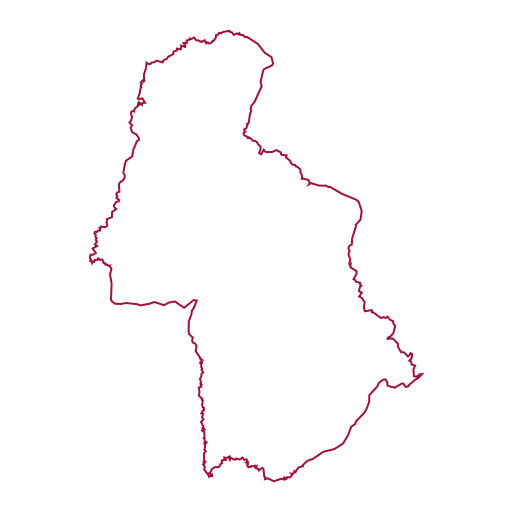 Mafinga, Muchinga, Zambia
{"feature_id": "96606910B74743827741249", "entity_name": "Mafinga", "entity_type": "district", "adm_level": 2, "iso_a3": "ZMB", "parent_name": "Zambia", "parent_adm1": "Muchinga", "projection": "orthographic", "projection_center": [33.262, -10.323], "detail": "fine", "context": "isolated", "style": "outline", "palette": "rose", "viewbox_px": 512, "rotation_deg": 0, "n_neighbors": 0, "source": "geoboundaries", "source_scale": "gbopen_adm2", "svg_char_len": 6018}
<svg xmlns="http://www.w3.org/2000/svg" viewBox="0 0 512 512"><path d="M422.0,374.1L419.8,374.4L416.5,376.7L413.9,376.2L413.4,369.4L415.2,365.6L411.5,364.4L411.5,362.8L410.3,361.3L410.7,360.0L409.8,360.2L411.8,357.7L412.1,354.0L410.6,353.1L410.1,354.5L407.9,356.4L404.1,352.4L401.2,352.2L397.9,346.7L397.9,343.7L392.8,338.5L387.6,338.8L387.9,337.6L390.1,336.7L393.3,333.3L395.2,326.0L393.5,323.8L393.0,321.1L389.9,319.7L387.7,316.7L385.6,318.0L383.5,317.1L381.1,318.1L373.0,312.2L372.0,312.4L371.7,310.1L364.9,311.3L363.9,307.3L364.7,302.2L361.7,297.8L359.1,296.5L361.8,292.7L359.0,291.2L359.9,286.9L361.3,285.8L360.1,284.5L360.3,282.9L355.9,281.7L355.3,280.1L353.5,279.2L356.3,274.4L356.6,271.2L350.3,267.1L350.7,263.7L349.5,264.3L349.4,262.2L350.4,260.0L348.4,254.2L349.6,250.8L348.6,249.2L348.7,246.9L349.8,245.5L351.8,244.7L352.1,238.5L355.9,226.6L355.7,224.9L360.5,219.7L361.7,211.0L358.6,201.6L355.6,199.4L342.5,194.1L329.7,186.7L328.4,187.1L326.2,185.7L319.2,185.6L311.0,183.1L308.9,184.4L309.7,182.9L308.6,180.1L303.2,178.5L301.2,179.4L302.2,178.5L302.0,175.6L300.4,172.0L300.3,169.4L297.4,166.8L296.1,166.6L295.3,165.1L292.5,164.6L291.2,163.5L290.3,161.0L285.9,157.4L286.6,155.4L281.3,154.7L280.7,152.4L276.5,150.1L272.2,152.0L266.4,152.1L264.8,151.4L263.8,149.7L261.1,154.3L259.0,152.9L260.4,150.0L260.6,146.6L257.7,143.8L257.1,142.2L255.0,140.9L252.9,140.8L250.6,138.3L248.2,138.1L248.7,137.4L244.1,135.3L243.5,133.3L245.1,131.8L244.4,131.6L244.3,129.5L243.5,129.1L245.0,129.3L246.2,128.3L247.5,125.1L247.0,124.0L248.6,123.2L250.0,114.0L251.3,110.8L250.6,109.0L251.2,106.1L254.6,101.8L261.6,86.3L260.6,81.5L263.3,70.3L264.1,69.1L272.0,65.4L273.1,63.4L271.4,57.1L264.8,52.8L257.8,43.9L247.1,37.0L244.8,37.1L243.2,35.2L239.8,34.8L239.4,33.3L238.2,34.2L237.0,33.4L233.8,34.9L231.9,32.3L230.1,32.0L229.4,30.7L222.3,32.2L221.6,33.3L219.0,32.8L218.2,34.7L216.1,35.0L215.9,37.4L213.6,40.9L212.9,40.7L210.9,43.2L208.5,43.4L208.0,42.6L206.2,43.3L206.3,42.0L205.0,41.5L204.6,40.2L202.6,41.8L201.8,41.2L200.6,41.9L198.4,40.3L196.4,40.5L194.1,37.6L190.7,39.2L189.6,38.5L188.7,40.2L186.5,40.5L186.9,42.9L183.6,43.1L185.4,45.9L185.1,47.0L181.2,45.6L180.8,49.4L177.0,48.6L176.7,50.6L174.2,51.1L173.3,52.4L173.2,54.2L168.3,56.6L167.1,58.5L163.5,60.4L162.6,62.4L156.5,60.7L154.3,62.3L151.5,62.6L150.4,64.0L148.3,63.9L146.6,62.7L146.0,68.1L143.9,74.8L144.3,81.1L143.7,81.5L143.6,80.4L142.7,80.2L140.7,82.6L141.8,84.0L140.7,85.1L141.4,87.3L140.6,88.0L139.7,93.3L137.7,98.5L138.7,99.4L142.4,98.3L145.0,102.8L142.3,103.0L141.9,104.9L139.0,102.2L138.4,102.6L138.1,104.2L139.4,104.6L134.8,108.6L134.1,111.5L133.0,110.8L131.3,111.8L130.9,113.9L132.1,116.8L131.1,120.5L129.4,122.5L132.2,125.1L130.6,127.5L132.1,132.1L136.3,134.4L138.7,137.8L139.0,139.7L136.9,141.3L133.4,149.5L132.2,156.5L126.0,160.7L125.0,163.8L123.3,172.7L124.8,175.6L124.6,177.5L123.5,179.8L119.4,183.0L118.9,184.8L119.4,191.7L117.1,192.6L116.2,194.2L117.4,196.3L116.4,198.0L119.3,200.0L118.5,201.6L116.4,201.8L113.9,205.6L114.4,207.3L116.2,209.1L112.0,212.2L112.0,217.1L107.0,219.1L106.6,222.6L107.4,225.1L106.7,226.4L104.5,227.2L101.1,226.5L100.9,227.4L99.5,227.8L100.4,229.7L100.0,230.6L98.0,230.5L96.9,232.1L95.4,231.7L94.6,232.5L94.4,233.8L95.7,234.7L95.6,237.3L96.7,238.2L95.7,240.0L97.0,241.6L95.0,244.4L97.2,246.0L92.6,248.5L95.9,253.0L92.6,254.9L90.5,254.7L90.0,258.4L91.1,259.9L90.3,260.9L91.6,261.5L92.2,263.1L93.0,261.5L94.3,261.8L94.7,259.9L97.2,260.0L98.2,258.3L99.8,259.9L101.4,259.4L102.7,260.1L103.1,262.3L102.3,262.6L103.8,262.4L104.2,263.3L105.6,263.5L105.4,264.5L107.3,264.8L107.7,265.6L109.9,265.6L109.5,266.2L111.5,268.6L110.0,274.4L111.6,283.7L111.0,299.6L111.7,301.2L114.9,303.7L120.9,304.0L126.0,303.0L137.0,304.2L140.3,305.4L149.5,303.8L154.3,302.0L164.0,305.2L168.8,302.6L175.0,301.5L184.1,307.8L193.6,300.1L196.7,300.5L193.9,308.0L192.0,310.4L191.3,314.7L188.8,321.3L188.6,331.2L189.3,334.3L192.8,337.5L192.1,340.9L192.7,342.4L195.2,343.6L196.5,346.0L195.7,351.2L200.2,357.7L199.9,358.4L202.0,359.9L201.2,360.0L202.0,362.4L200.7,362.3L201.2,363.3L200.5,363.5L201.3,364.3L201.2,367.1L202.3,368.7L201.5,369.8L203.2,372.4L201.4,374.0L201.4,376.6L200.0,378.9L201.1,382.5L200.4,383.5L201.5,384.7L200.7,385.0L201.1,386.9L198.7,387.6L199.5,391.9L198.9,395.7L202.2,398.7L201.8,399.7L202.8,400.5L202.1,404.8L202.8,407.4L204.2,408.1L203.7,410.6L202.8,410.6L201.4,413.3L203.1,413.7L202.1,417.5L203.4,419.5L201.0,422.0L203.4,426.5L202.7,427.9L203.8,428.4L203.7,429.2L201.7,429.4L204.0,429.8L202.4,430.8L204.2,431.8L204.6,437.4L203.7,438.1L204.6,439.2L204.7,441.6L205.6,441.8L204.8,442.9L206.2,442.8L204.7,444.8L205.2,446.1L204.4,449.8L205.8,451.1L204.0,453.3L204.1,460.2L205.5,461.9L204.8,462.7L203.7,462.3L204.1,464.0L203.1,464.4L204.9,467.1L204.1,469.3L207.0,473.4L208.5,473.4L207.9,474.2L209.1,476.8L210.5,475.6L212.2,476.2L212.2,474.5L209.7,473.4L212.2,468.8L215.1,467.2L219.1,467.0L220.9,463.5L221.9,463.3L221.9,460.4L225.6,459.9L224.4,458.9L224.3,457.4L226.5,458.1L229.7,456.3L230.5,457.5L229.1,458.0L229.9,459.8L230.5,458.4L231.5,458.1L234.0,459.6L235.7,459.5L236.1,458.6L239.9,459.5L242.4,457.6L244.4,459.9L246.4,459.3L247.8,461.8L246.5,462.4L247.9,462.9L247.1,464.1L247.9,464.5L247.4,465.9L248.4,467.2L250.4,467.0L251.3,465.9L252.2,466.4L255.2,465.7L255.3,467.0L256.5,466.3L255.9,468.3L258.2,468.8L258.8,470.4L262.3,467.9L263.4,468.7L264.3,476.6L265.4,477.4L265.0,479.2L267.8,478.3L273.9,481.3L280.7,478.9L283.1,479.0L284.0,477.5L285.1,477.7L284.7,479.5L286.4,478.9L287.4,477.1L289.9,477.5L292.0,475.2L292.4,474.2L291.7,473.7L293.1,473.8L294.4,471.9L295.1,472.2L294.8,471.3L295.6,471.6L298.4,467.5L302.9,466.2L302.5,465.4L307.3,460.9L312.9,458.9L323.3,451.8L334.5,449.0L343.1,443.5L348.3,434.7L351.2,426.7L355.1,424.1L356.3,420.9L363.8,413.4L366.4,409.3L369.2,401.7L369.3,395.2L377.6,386.1L378.6,383.3L382.6,379.9L385.5,379.4L387.3,382.3L387.5,385.5L390.8,386.7L394.7,387.6L402.2,383.4L403.6,383.8L404.6,385.9L406.2,387.0L409.1,385.6L409.1,384.8L415.7,379.3L418.4,378.0L422.0,374.1Z" fill="none" stroke="#9f1239" stroke-width="2"/></svg>